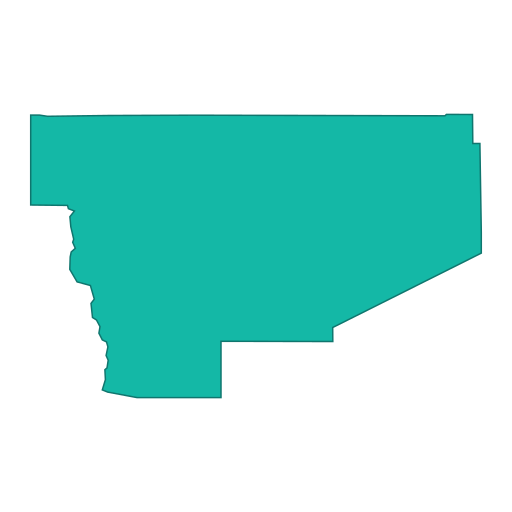 the district of Sierra, New Mexico, United States of America
{"feature_id": "52423323B62367348264258", "entity_name": "Sierra", "entity_type": "district", "adm_level": 2, "iso_a3": "USA", "parent_name": "United States of America", "parent_adm1": "New Mexico", "projection": "mercator", "projection_center": [-107.514, 33.043], "detail": "fine", "context": "isolated", "style": "filled", "palette": "teal", "viewbox_px": 512, "rotation_deg": 0, "n_neighbors": 0, "source": "geoboundaries", "source_scale": "gbopen_adm2", "svg_char_len": 709}
<svg xmlns="http://www.w3.org/2000/svg" viewBox="0 0 512 512"><path d="M30.7,205.0L67.5,205.4L68.4,208.7L74.4,211.0L69.9,216.7L70.8,226.7L73.7,239.2L72.7,242.3L75.3,248.3L71.2,252.0L70.2,256.9L69.8,269.4L77.1,281.9L90.4,285.5L94.3,299.1L91.0,303.4L92.5,317.5L96.5,320.0L100.0,326.6L98.9,333.2L102.3,339.9L106.5,341.9L107.9,346.9L106.1,355.5L108.2,360.2L107.0,367.9L104.9,369.7L105.4,379.7L102.3,389.9L107.7,392.1L137.1,397.6L221.0,397.6L221.0,341.3L231.9,341.3L319.2,341.5L332.8,341.5L332.7,327.5L481.3,253.1L481.3,232.6L479.9,143.5L472.8,143.5L472.5,114.5L446.4,114.4L445.0,115.8L192.9,115.2L108.8,115.5L47.5,116.3L39.6,115.1L30.7,115.1L30.7,205.0Z" fill="#14b8a6" stroke="#0f766e" stroke-width="1.5"/></svg>